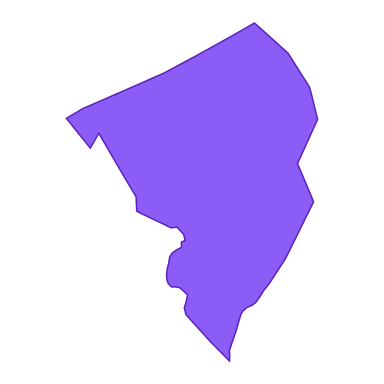 Bonfim do Piauí, Piauí, Brazil
{"feature_id": "56859067B48454947572204", "entity_name": "Bonfim do Piauí", "entity_type": "district", "adm_level": 2, "iso_a3": "BRA", "parent_name": "Brazil", "parent_adm1": "Piauí", "projection": "robinson", "projection_center": [-42.889, -9.188], "detail": "fine", "context": "isolated", "style": "filled", "palette": "violet", "viewbox_px": 384, "rotation_deg": 0, "n_neighbors": 0, "source": "geoboundaries", "source_scale": "gbopen_adm2", "svg_char_len": 883}
<svg xmlns="http://www.w3.org/2000/svg" viewBox="0 0 384 384"><path d="M90.3,148.1L98.8,133.3L120.9,171.2L136.1,196.9L136.7,211.2L140.5,213.2L171.1,227.8L177.0,227.2L180.0,230.5L183.7,234.4L185.1,240.4L181.3,242.2L181.5,247.3L176.4,250.0L171.9,253.2L169.6,257.3L168.7,263.3L167.3,268.5L166.5,274.5L166.9,279.7L168.3,283.7L171.5,286.9L176.4,286.9L180.1,288.0L187.5,294.7L186.4,301.0L184.3,308.0L186.0,314.7L210.8,342.1L229.5,361.0L229.7,355.1L229.4,350.9L231.7,343.5L236.1,331.0L238.2,323.3L241.0,314.2L243.1,310.8L246.9,307.5L252.3,305.1L255.8,302.4L260.3,296.1L263.9,290.2L268.5,284.7L284.8,259.8L287.4,254.8L313.6,201.8L307.6,187.4L297.5,163.6L317.6,119.4L311.3,93.6L309.5,87.1L291.3,58.3L288.0,53.1L254.5,23.0L228.4,37.9L196.3,55.7L163.3,73.4L154.1,77.4L120.9,92.0L82.6,108.7L66.4,118.3L73.9,127.7L78.2,133.1L90.3,148.1Z" fill="#8b5cf6" stroke="#5b21b6" stroke-width="1.5"/></svg>